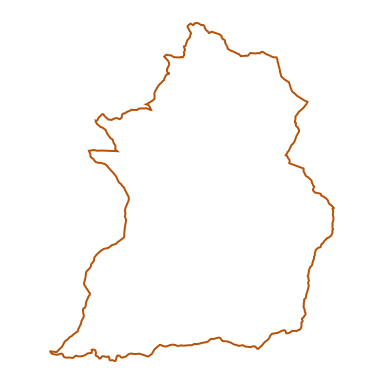 Pucara, Azuay, Ecuador (Mercator projection)
{"feature_id": "8360857B91188181337605", "entity_name": "Pucara", "entity_type": "district", "adm_level": 2, "iso_a3": "ECU", "parent_name": "Ecuador", "parent_adm1": "Azuay", "projection": "mercator", "projection_center": [-79.542, -3.174], "detail": "fine", "context": "isolated", "style": "outline", "palette": "amber", "viewbox_px": 384, "rotation_deg": 0, "n_neighbors": 0, "source": "geoboundaries", "source_scale": "gbopen_adm2", "svg_char_len": 5925}
<svg xmlns="http://www.w3.org/2000/svg" viewBox="0 0 384 384"><path d="M88.9,150.8L90.4,154.6L90.5,156.7L92.0,158.1L93.3,158.8L93.9,159.9L95.6,161.9L97.6,162.7L100.8,162.9L104.9,164.0L107.8,166.5L108.2,167.4L113.9,173.6L116.3,176.7L118.4,181.5L119.1,182.6L120.9,183.9L122.5,186.2L123.5,186.9L124.1,187.7L124.6,189.1L128.6,196.8L128.8,198.4L128.7,200.3L125.4,208.1L124.9,210.9L125.3,212.4L125.4,214.6L124.8,216.5L126.0,219.4L126.1,220.8L124.9,226.9L124.3,232.9L124.3,236.1L123.7,237.7L117.0,242.7L115.8,244.0L111.9,245.1L108.6,247.8L103.6,249.0L101.4,250.3L96.8,254.4L94.4,257.5L93.9,260.9L91.3,264.1L90.6,266.9L89.6,268.4L86.6,271.3L86.0,272.8L85.4,278.1L84.0,283.3L84.2,284.7L90.0,293.6L89.6,295.1L88.5,296.5L86.0,302.4L85.6,306.5L84.8,307.8L83.3,308.6L83.1,309.0L82.9,309.9L83.3,313.5L83.9,315.4L83.8,316.3L83.0,318.5L81.6,320.6L81.1,323.4L78.4,329.0L77.8,331.0L77.5,331.5L73.6,334.2L71.8,336.0L69.7,337.1L67.8,339.1L64.8,341.5L61.9,347.0L59.4,349.1L57.0,351.9L55.6,352.0L50.4,351.3L50.2,351.6L51.6,353.5L53.3,354.2L56.8,354.7L58.0,354.7L59.5,354.0L61.3,353.6L62.3,354.0L62.9,354.6L63.3,355.9L64.2,357.1L65.3,357.5L67.6,357.7L69.3,357.5L72.5,357.9L73.8,357.5L74.9,356.2L75.8,355.7L78.9,356.4L81.4,356.3L84.8,355.3L87.5,353.5L91.6,352.8L91.9,352.1L91.7,349.8L93.0,349.4L95.3,350.3L96.0,352.8L95.6,354.5L95.8,355.4L96.0,355.8L97.9,356.6L99.2,358.3L99.8,358.6L100.4,358.4L101.8,356.6L102.8,356.2L106.4,356.9L108.4,356.5L109.2,357.3L109.5,359.8L109.8,360.1L110.8,360.4L112.4,360.1L113.9,360.8L115.1,361.0L115.7,360.7L116.8,356.4L117.3,355.7L118.7,355.5L119.6,355.9L121.0,357.3L122.8,357.6L126.2,356.3L128.4,354.3L130.7,353.5L134.9,354.1L139.4,353.7L143.6,355.0L147.3,356.4L148.4,356.4L151.8,354.0L154.6,349.2L159.6,345.0L160.6,344.9L163.2,346.1L166.0,346.6L170.4,345.0L172.3,344.6L175.4,345.0L177.4,346.0L181.2,345.4L183.5,345.7L189.3,345.2L192.0,345.2L194.2,344.0L197.9,344.1L202.0,342.9L206.5,342.1L208.0,341.5L210.7,339.0L213.7,338.9L218.5,337.6L219.3,337.7L220.4,338.1L222.1,340.7L222.7,341.1L227.2,341.4L230.8,342.6L234.0,344.5L236.7,345.0L238.7,345.9L242.7,345.2L245.4,346.5L249.8,347.1L250.8,347.1L252.7,346.4L254.4,346.3L255.6,346.8L257.1,348.7L258.1,348.8L261.5,345.9L264.6,342.2L267.1,340.4L268.8,338.7L270.3,335.6L272.0,333.8L278.0,332.8L281.3,331.0L284.0,330.2L285.1,330.5L285.7,331.5L286.2,333.1L286.6,333.3L288.1,333.2L289.6,332.7L292.4,330.8L296.9,331.0L298.2,330.0L299.7,329.7L300.0,329.4L301.2,327.6L301.5,326.0L301.4,322.9L301.6,322.4L302.6,321.3L302.6,320.7L302.0,319.3L302.2,318.3L303.6,317.4L304.0,316.4L305.2,315.1L305.6,314.0L305.5,313.0L304.8,311.9L304.8,310.8L304.4,309.2L303.5,306.6L303.9,304.5L303.7,302.9L304.4,300.9L304.0,300.0L304.1,299.6L305.4,298.4L305.9,297.6L306.1,295.0L307.0,292.8L308.8,285.7L308.1,283.0L308.9,280.6L308.4,279.2L308.5,277.7L307.7,276.3L307.7,275.8L308.4,274.8L309.0,270.2L310.2,267.0L311.1,266.4L312.0,265.2L312.9,261.3L314.0,258.5L314.0,256.9L314.8,255.6L314.8,252.7L315.3,251.8L315.8,249.8L318.4,247.7L320.2,247.3L320.7,246.7L321.4,244.3L322.9,243.2L324.5,240.7L326.6,238.8L327.0,238.1L328.2,237.8L330.6,236.2L331.3,235.5L331.6,234.4L332.5,233.0L332.3,230.4L333.1,229.5L332.4,227.5L332.6,225.3L332.4,223.3L333.3,220.3L333.5,217.9L332.8,214.7L333.2,212.1L333.1,210.6L332.5,208.9L332.9,208.4L333.8,208.1L333.7,207.7L331.1,205.1L329.5,204.1L328.4,202.2L328.2,201.1L327.1,199.3L323.5,196.6L321.3,195.6L320.7,193.8L317.1,192.9L315.2,192.7L313.4,190.9L313.0,190.0L313.0,189.5L314.2,186.6L313.1,185.4L312.6,183.8L311.9,182.8L311.6,180.6L308.8,177.8L305.8,175.8L303.6,171.2L303.6,168.5L289.2,163.2L289.7,161.2L289.3,159.6L287.8,157.8L287.3,156.1L285.7,155.4L285.9,154.8L287.2,153.2L287.5,152.0L288.4,151.4L288.8,150.8L291.3,145.4L293.3,143.3L294.1,142.2L295.0,140.3L296.4,136.1L299.0,131.5L299.0,129.8L297.8,127.6L296.1,126.0L295.7,124.9L296.0,123.2L295.8,122.8L295.1,122.6L294.9,122.0L295.5,118.6L295.4,116.7L298.9,111.8L303.3,108.0L306.7,103.7L307.5,101.8L304.1,100.3L297.0,95.8L294.6,93.4L293.0,92.4L291.8,90.7L290.7,88.0L289.0,82.3L284.7,79.6L281.3,76.5L280.1,72.0L279.6,68.9L277.7,62.1L277.4,59.5L276.6,57.4L273.7,57.3L271.7,56.6L268.1,54.8L266.4,54.3L263.6,52.3L261.8,51.8L261.1,52.1L260.1,53.2L259.3,53.4L257.6,53.0L255.8,53.5L250.3,53.0L247.8,55.8L246.0,55.7L240.7,56.1L239.3,54.4L238.6,54.0L236.9,53.4L233.7,51.7L231.2,50.8L227.7,48.8L227.4,46.8L225.1,42.7L225.2,41.6L224.7,40.1L222.5,38.8L222.2,37.7L221.4,36.8L221.5,35.9L221.1,35.4L219.1,34.2L212.0,31.8L211.5,31.8L210.1,32.5L209.4,33.1L208.7,32.9L207.9,31.5L205.9,29.9L204.9,28.1L204.5,26.3L204.0,25.5L203.1,25.0L201.9,25.1L200.9,24.9L199.2,23.7L197.5,23.0L194.7,23.3L193.6,24.9L193.0,25.1L190.6,23.6L187.9,25.6L187.5,26.8L189.8,31.2L190.7,32.3L191.0,33.5L190.1,35.7L190.2,36.9L187.3,40.3L185.5,45.7L185.1,46.2L183.9,46.5L184.3,48.1L185.0,49.4L185.0,50.0L183.8,52.5L184.2,53.8L184.2,54.9L183.0,57.0L182.5,57.4L180.9,56.9L179.6,57.5L174.1,57.2L170.8,55.3L168.5,55.2L166.4,54.7L164.2,56.6L168.1,60.8L169.0,62.8L169.2,64.9L167.1,68.9L166.9,70.8L167.5,72.5L168.9,73.1L169.0,73.7L168.7,74.0L167.5,74.2L166.1,75.1L164.5,78.2L164.0,80.1L162.3,81.5L161.0,83.2L159.5,84.2L157.4,87.3L155.3,91.0L154.3,93.6L154.6,96.5L154.5,98.9L152.8,100.4L146.6,104.3L146.2,104.4L146.9,104.7L147.7,104.4L148.3,104.8L150.0,107.3L151.1,109.9L149.9,109.7L147.3,108.5L145.7,108.2L144.0,108.5L141.1,108.4L138.8,108.7L137.1,109.9L136.5,110.0L131.4,109.8L129.4,111.0L126.7,112.0L124.9,113.3L122.8,113.7L121.9,115.4L121.8,117.5L119.9,119.1L119.5,119.1L117.7,118.4L115.9,118.1L112.9,119.2L111.7,120.0L110.2,119.6L108.6,119.7L104.5,116.0L103.4,114.3L102.8,114.1L101.7,114.6L100.2,116.3L98.6,117.5L97.5,120.0L96.5,120.6L95.6,120.5L95.9,121.9L96.8,123.6L98.1,125.0L98.6,125.2L100.5,127.0L102.7,127.7L105.8,130.2L107.1,133.4L110.3,138.0L110.6,138.4L112.3,139.3L112.8,139.8L113.6,142.9L115.2,145.3L115.5,146.3L115.2,148.9L115.7,149.7L117.3,151.2L100.9,150.5L100.1,150.7L96.8,150.7L93.9,150.0L88.9,150.8Z" fill="none" stroke="#b45309" stroke-width="2"/></svg>